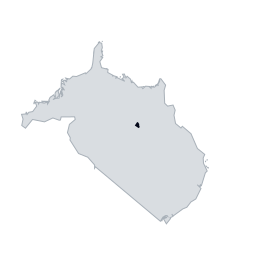 Woods, Oklahoma, United States of America shown in context, rotated 214°
{"feature_id": "52423323B10893582659476", "entity_name": "Woods", "entity_type": "district", "adm_level": 2, "iso_a3": "USA", "parent_name": "United States of America", "parent_adm1": "Oklahoma", "projection": "orthographic", "projection_center": [-98.992, 36.696], "detail": "fine", "context": "in_parent", "style": "filled", "palette": "ink", "viewbox_px": 256, "rotation_deg": 214, "n_neighbors": 0, "source": "geoboundaries", "source_scale": "gbopen_adm2", "svg_char_len": 4173}
<svg xmlns="http://www.w3.org/2000/svg" viewBox="0 0 256 256"><g transform="rotate(214 128 128)"><path d="M200.7,86.4L211.9,81.7L212.9,70.5L217.5,70.7L220.0,76.7L223.9,79.8L220.2,82.8L220.4,83.9L219.2,82.8L219.0,85.6L216.2,88.3L215.9,95.1L218.7,97.1L219.9,96.4L219.2,95.3L219.8,95.7L220.3,97.0L216.7,99.1L215.6,97.9L215.8,99.9L211.4,101.7L208.7,105.1L208.7,103.6L208.1,102.8L208.1,106.4L209.2,106.7L209.7,109.6L208.2,113.9L205.2,112.3L206.1,109.6L204.8,111.6L206.1,114.0L207.5,115.2L208.1,116.8L206.5,123.5L206.5,119.5L203.3,116.6L204.0,112.5L201.9,114.2L204.0,119.5L201.3,118.4L200.6,118.7L200.9,116.9L200.8,116.3L200.3,117.9L200.5,119.0L204.5,120.3L204.0,121.5L201.9,120.0L201.3,119.8L203.8,121.6L204.7,121.8L204.6,123.3L203.2,122.5L205.4,124.2L205.1,124.6L204.0,123.7L201.7,123.8L204.8,125.1L206.5,124.6L209.4,129.3L207.0,125.7L208.1,128.2L204.7,128.4L207.6,130.4L208.6,129.4L207.6,132.0L204.3,132.0L206.5,132.7L205.1,134.2L207.2,134.6L203.8,136.0L202.7,140.1L199.5,141.9L194.2,149.9L193.2,149.4L191.7,156.0L191.7,157.6L193.5,162.1L200.4,175.0L199.7,182.7L197.2,183.6L194.2,180.2L193.3,177.0L189.2,173.9L190.2,171.9L188.4,172.3L188.5,167.3L183.7,163.2L177.3,165.4L175.9,162.7L169.4,163.3L170.1,162.1L169.1,163.3L166.2,164.2L166.0,162.0L165.6,163.6L156.8,164.9L160.6,165.7L159.5,167.8L162.6,169.5L161.2,170.7L157.7,168.4L157.7,170.4L153.2,169.9L150.5,167.5L149.1,169.0L142.5,167.4L138.8,170.4L139.8,169.6L137.7,168.9L136.8,172.5L132.8,174.8L133.7,174.1L131.1,173.8L132.0,175.0L129.0,176.5L127.8,180.4L126.4,179.8L127.6,180.8L127.9,184.4L129.2,186.5L128.3,187.2L120.8,184.6L119.1,179.4L111.4,169.0L107.4,168.3L103.5,172.2L98.9,169.2L97.0,164.3L91.1,158.3L84.1,157.6L83.9,159.8L72.6,158.5L59.0,149.8L49.6,149.0L48.9,145.2L45.7,141.0L38.3,136.6L38.8,134.1L34.9,121.2L35.4,120.1L36.3,121.9L36.1,119.3L38.9,119.7L33.7,118.7L32.1,107.1L34.5,101.8L34.9,95.2L37.3,91.6L41.4,80.3L43.6,81.2L41.3,79.9L42.9,77.0L42.1,76.8L42.6,70.0L47.8,72.6L45.6,75.7L48.2,73.8L47.2,76.6L45.6,76.9L46.5,77.3L47.9,76.4L49.2,73.6L49.0,68.8L133.2,77.6L133.2,75.9L135.0,78.7L145.0,81.3L154.7,79.2L169.4,85.6L170.3,87.6L175.6,90.3L178.6,98.3L176.5,105.5L178.5,107.4L189.6,99.8L188.5,96.8L189.4,96.0L195.9,94.3L200.7,86.4ZM213.2,102.7L215.0,101.7L208.7,105.7L213.7,101.7L213.2,102.7ZM48.6,71.6L48.8,73.6L48.6,73.9L48.0,72.2L48.6,71.6ZM129.1,185.9L128.0,182.8L128.1,181.0L128.2,182.9L129.1,185.9ZM220.8,82.8L221.1,83.8L220.7,83.7L220.8,82.8ZM150.7,168.5L150.9,169.2L150.1,168.6L150.7,168.5ZM40.8,140.2L41.7,140.0L41.8,140.1L40.8,140.2ZM39.9,139.7L39.4,140.1L39.2,139.6L39.9,139.7ZM218.5,98.7L218.2,99.4L218.5,98.7ZM128.6,179.4L128.1,180.8L129.4,178.1L128.6,179.4ZM198.3,170.7L199.6,173.3L198.1,170.5L198.3,170.7ZM45.0,143.5L45.3,144.3L44.9,143.5L45.0,143.5ZM200.2,183.0L199.5,184.0L200.5,181.9L200.2,183.0ZM210.1,130.9L209.5,132.2L209.6,129.5L210.1,130.9ZM48.2,69.9L48.1,70.5L47.9,70.1L48.2,69.9ZM132.1,175.6L130.7,176.2L132.1,175.4L132.1,175.6ZM220.4,98.3L220.6,99.0L220.0,99.0L220.4,98.3ZM44.6,145.6L44.7,146.5L44.5,145.6L44.6,145.6ZM130.3,176.8L129.7,177.1L130.2,176.6L130.3,176.8ZM208.1,118.0L207.6,119.6L208.1,117.4L208.1,118.0ZM138.4,171.0L137.5,171.6L138.8,170.6L138.4,171.0ZM192.0,156.7L192.0,157.9L191.8,157.1L192.0,156.7ZM207.6,134.7L207.3,135.0L208.0,134.0L207.6,134.7ZM179.7,164.8L178.6,165.5L178.2,165.5L179.7,164.8ZM165.8,164.0L165.6,164.3L165.0,164.3L165.8,164.0ZM192.1,177.3L192.3,178.1L191.9,177.2L192.1,177.3ZM163.1,165.9L163.0,166.7L162.8,165.4L163.1,165.9ZM197.9,185.4L197.3,185.6L198.1,185.2L197.9,185.4ZM209.6,110.2L209.4,111.0L209.6,109.8L209.6,110.2ZM208.9,132.5L208.6,132.9L208.9,132.5Z" fill="#d9dde1" stroke="#a8b0b8" stroke-width="1"/><path d="M120.1,135.4L120.1,135.5L120.3,135.6L120.5,135.6L120.8,135.7L120.9,135.8L121.0,135.9L121.1,136.0L121.1,136.3L121.3,136.5L121.4,136.9L121.8,136.9L121.9,137.1L122.0,137.1L122.3,137.2L122.3,137.3L122.7,137.5L122.8,137.5L122.9,137.4L123.0,137.4L123.0,137.1L123.0,136.5L123.0,134.8L123.0,134.6L122.3,134.6L122.1,134.6L121.7,134.6L121.3,134.6L121.2,134.6L120.8,134.6L120.7,134.6L120.3,134.6L120.2,134.6L119.8,134.6L119.7,134.6L119.6,134.8L119.8,135.1L120.0,135.3L120.1,135.4Z" fill="#0f172a" stroke="#020617" stroke-width="1.5"/></g></svg>